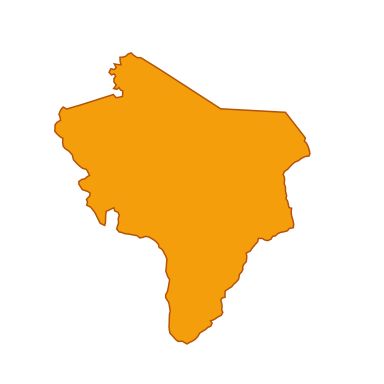 the district of Olho d'Água, Paraíba, Brazil, rotated 79°
{"feature_id": "56859067B14089338060229", "entity_name": "Olho d'Água", "entity_type": "district", "adm_level": 2, "iso_a3": "BRA", "parent_name": "Brazil", "parent_adm1": "Paraíba", "projection": "albers", "projection_center": [-37.728, -7.279], "detail": "fine", "context": "isolated", "style": "filled", "palette": "amber", "viewbox_px": 384, "rotation_deg": 79, "n_neighbors": 0, "source": "geoboundaries", "source_scale": "gbopen_adm2", "svg_char_len": 2784}
<svg xmlns="http://www.w3.org/2000/svg" viewBox="0 0 384 384"><g transform="rotate(79 192 192)"><path d="M208.2,284.1L205.6,282.8L201.9,282.0L197.8,281.0L194.7,279.9L193.2,274.4L192.6,271.7L195.8,271.5L197.8,268.5L200.9,267.8L203.9,269.5L208.6,270.1L210.9,271.5L214.0,273.0L217.3,271.2L218.4,268.5L220.0,266.1L221.0,262.8L222.9,258.0L224.4,254.2L227.1,252.0L227.2,249.0L226.7,246.4L227.7,243.2L231.6,238.8L233.7,236.9L237.0,234.9L240.1,234.9L242.9,232.1L246.4,231.1L249.2,230.2L253.2,229.4L257.3,230.7L260.6,231.5L264.7,232.8L270.2,232.0L273.8,230.7L277.0,231.9L280.5,233.2L285.2,235.2L287.7,237.4L290.6,238.0L293.2,237.1L296.0,235.9L298.8,235.9L302.1,236.0L304.9,236.1L307.3,237.3L311.6,238.4L316.4,239.4L320.1,240.3L323.5,240.6L326.5,240.5L328.7,239.1L333.7,236.1L336.0,234.2L336.7,229.8L340.2,226.0L339.2,223.2L338.5,220.3L337.1,216.8L335.2,214.2L331.8,211.1L329.8,205.5L327.8,202.0L327.4,199.3L324.6,197.2L322.1,198.5L321.4,194.5L319.8,190.8L318.5,186.6L316.0,184.7L313.5,185.3L309.5,184.2L306.2,184.1L303.4,184.4L301.7,182.4L301.7,179.7L299.1,179.2L295.6,178.4L294.1,175.2L292.6,171.1L290.8,169.1L289.1,166.3L286.7,163.0L284.2,162.0L281.7,161.0L280.3,158.9L277.7,156.8L275.1,156.6L272.9,154.9L270.7,152.0L267.3,150.9L264.9,150.4L262.3,150.5L261.0,145.9L258.9,144.0L255.7,140.1L253.3,137.0L250.2,135.7L251.1,131.7L253.0,129.7L254.2,127.0L253.4,123.5L250.9,121.3L251.0,118.6L249.2,115.6L248.5,112.3L248.6,109.6L248.3,105.8L246.3,103.3L246.4,99.4L243.1,98.3L238.8,98.3L234.5,98.8L230.5,98.5L227.0,97.3L225.8,99.7L223.1,99.8L219.2,99.9L216.3,101.0L213.8,99.8L209.4,100.1L205.1,99.3L201.3,99.9L198.2,98.9L195.5,98.5L192.2,99.2L189.4,97.2L187.9,93.6L185.7,90.9L183.5,87.6L182.1,84.7L181.5,81.4L179.9,78.2L178.8,74.4L179.0,70.2L176.7,68.9L173.6,68.9L169.8,69.3L165.8,70.3L163.6,72.0L160.6,70.4L131.6,85.1L123.5,117.3L115.8,148.0L94.7,169.9L65.4,200.4L50.4,216.6L49.5,220.4L46.3,223.5L43.8,225.2L44.4,228.5L46.1,231.3L46.4,233.9L46.0,237.0L49.9,237.6L53.6,237.4L52.5,241.3L51.4,243.8L55.5,242.7L56.9,245.0L55.6,248.2L58.7,250.6L61.7,248.7L61.3,245.8L63.8,244.8L65.7,247.0L69.2,247.6L72.6,245.9L75.5,249.2L76.9,246.1L75.5,243.8L78.2,242.7L79.7,240.6L84.9,242.0L85.1,246.0L84.8,248.7L81.3,250.6L85.4,286.0L86.6,299.2L84.0,302.2L85.8,304.7L88.1,306.4L90.3,307.8L92.8,307.3L96.5,307.3L97.7,310.9L99.8,313.6L103.2,314.3L106.2,315.1L109.6,313.2L113.0,310.6L114.7,308.5L118.5,309.5L122.6,309.7L125.2,308.2L128.6,304.8L133.0,302.4L137.7,302.2L142.3,299.4L145.3,297.2L147.8,295.0L149.7,291.3L152.8,290.3L156.2,289.4L157.0,292.0L158.6,294.5L158.6,297.5L160.1,301.1L163.0,301.5L168.8,299.2L171.7,294.1L173.7,292.2L176.4,293.2L179.1,297.0L181.9,296.5L184.9,297.9L187.5,294.4L193.0,291.5L196.2,290.5L199.1,289.8L205.3,288.0L208.2,284.1Z" fill="#f59e0b" stroke="#b45309" stroke-width="1.5"/></g></svg>